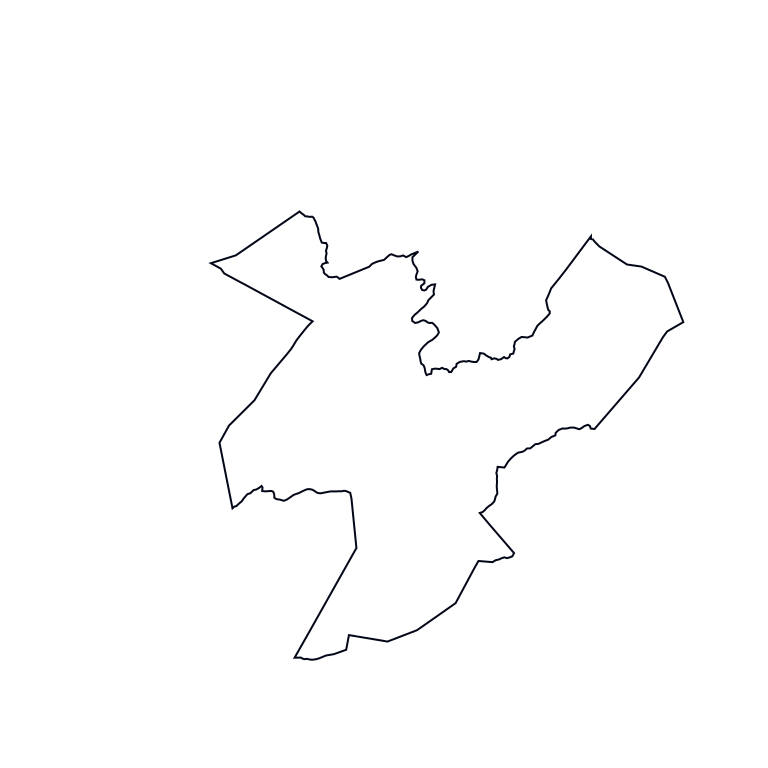 the district of Oeiras, Piauí, Brazil, rotated 41°
{"feature_id": "56859067B10450749339831", "entity_name": "Oeiras", "entity_type": "district", "adm_level": 2, "iso_a3": "BRA", "parent_name": "Brazil", "parent_adm1": "Piauí", "projection": "equal_earth", "projection_center": [-42.206, -6.968], "detail": "fine", "context": "isolated", "style": "outline", "palette": "ink", "viewbox_px": 768, "rotation_deg": 41, "n_neighbors": 0, "source": "geoboundaries", "source_scale": "gbopen_adm2", "svg_char_len": 4353}
<svg xmlns="http://www.w3.org/2000/svg" viewBox="0 0 768 768"><g transform="rotate(41 384 384)"><path d="M443.3,136.8L446.4,178.8L447.0,190.3L447.4,202.2L448.7,205.8L450.1,210.1L451.4,214.4L453.2,215.9L457.4,219.0L459.4,220.3L461.4,220.4L462.8,222.1L462.8,226.5L462.4,231.7L461.8,236.6L461.6,239.7L462.4,243.0L463.0,245.9L464.2,250.1L461.9,254.7L457.0,258.2L455.9,261.3L455.1,266.3L456.3,268.1L457.3,270.4L459.6,271.9L460.5,274.0L461.6,276.2L459.8,278.8L460.9,281.4L460.3,283.8L458.8,284.7L456.9,284.9L456.1,288.3L454.3,291.0L452.5,291.2L450.5,292.2L448.9,294.7L447.4,294.0L445.7,294.8L443.9,295.1L442.2,295.4L439.4,295.6L436.2,297.6L439.2,303.5L439.4,306.7L437.3,308.5L434.7,310.1L432.9,310.9L431.5,313.0L429.2,314.5L426.7,317.6L425.6,321.1L427.1,323.7L426.1,326.7L426.9,330.9L425.2,332.3L423.5,331.6L421.3,331.8L419.8,333.1L417.3,333.6L416.1,336.3L412.5,338.8L410.5,341.4L411.8,343.6L412.9,345.3L411.2,347.6L410.3,349.3L408.6,348.6L406.5,347.2L404.3,345.3L401.5,343.9L398.8,344.2L396.6,342.8L394.6,341.0L392.1,339.3L390.3,337.7L389.4,334.0L389.3,329.5L389.9,323.5L391.5,318.9L392.2,313.9L392.1,311.2L391.5,309.0L387.5,306.8L382.3,306.1L380.1,306.3L378.2,308.2L376.1,309.0L374.1,309.0L371.8,310.1L370.5,312.1L369.5,314.8L367.5,317.5L364.0,317.9L361.9,315.9L361.7,312.0L362.4,307.7L362.8,302.9L363.5,299.3L363.5,294.8L362.5,291.7L363.0,283.7L360.4,281.4L357.2,275.3L354.8,277.9L353.4,281.8L353.9,285.2L353.0,287.0L351.1,288.0L348.7,287.1L347.6,285.5L348.4,281.5L346.5,279.2L344.2,279.9L341.6,282.8L340.0,283.9L337.9,282.4L336.7,280.2L335.5,276.9L332.3,275.1L329.8,274.6L327.4,274.0L324.5,272.2L322.3,269.7L323.0,261.5L319.5,268.5L318.7,271.0L317.5,273.7L314.0,274.5L312.6,276.9L310.5,278.9L307.7,280.1L304.5,281.2L303.5,282.9L303.0,286.7L302.6,290.4L300.6,293.1L299.0,295.5L297.8,297.6L296.2,301.2L295.9,305.2L281.5,333.8L279.5,333.8L277.8,334.1L274.9,337.4L272.0,339.6L269.4,339.4L267.5,339.7L265.5,339.4L263.7,337.5L261.7,336.8L259.5,336.3L259.0,333.7L260.2,331.4L261.7,329.5L259.4,329.1L257.1,326.9L254.8,322.9L252.9,321.7L251.7,318.9L250.4,316.7L247.7,315.6L246.2,317.0L244.2,318.1L242.0,316.9L240.4,316.1L237.7,314.2L235.4,312.8L234.0,311.7L232.8,310.3L230.9,309.1L228.0,307.6L225.3,306.1L223.5,305.5L221.9,304.7L219.9,304.9L218.2,306.7L216.2,307.8L214.6,309.1L212.3,309.0L209.6,309.3L207.1,309.2L187.8,384.1L174.1,406.4L185.2,404.0L190.9,405.4L209.2,401.3L212.0,400.6L266.2,388.6L286.2,384.1L289.0,383.5L288.5,389.7L288.6,394.5L288.8,399.4L288.9,402.3L289.3,408.7L290.4,414.9L290.9,418.5L291.2,425.4L291.5,450.1L296.9,481.2L294.3,517.0L298.4,536.3L351.2,577.2L351.5,574.7L352.7,572.9L353.0,569.4L353.6,565.8L353.2,562.6L353.2,556.7L354.8,554.1L355.2,549.7L356.8,547.4L357.7,545.1L358.5,541.3L360.2,541.8L362.3,544.7L365.1,542.7L367.0,540.7L369.2,538.6L371.0,538.0L373.3,539.1L375.9,541.8L378.2,541.5L381.4,539.5L385.0,537.9L386.5,535.0L387.9,529.8L388.4,527.4L389.5,525.2L391.3,522.2L392.6,518.9L394.0,515.8L395.2,513.6L397.3,511.8L399.3,510.8L401.0,510.4L405.0,509.9L407.7,508.3L409.4,506.1L413.8,500.5L416.4,498.1L418.4,496.4L420.9,494.0L422.4,492.8L423.8,490.9L425.4,489.8L429.9,488.3L434.6,491.8L470.8,525.9L489.9,618.6L496.1,649.2L500.8,645.0L502.7,644.7L504.7,643.7L506.0,642.1L507.9,641.1L510.5,639.4L513.0,636.7L514.9,633.8L518.4,626.9L523.4,620.8L529.8,609.4L522.3,596.5L555.6,576.1L570.4,548.2L571.8,542.7L572.7,539.1L581.8,502.4L572.8,462.7L571.4,455.6L582.7,447.3L583.9,443.7L585.9,441.0L587.0,438.4L588.6,435.8L591.0,434.8L592.5,432.6L593.9,429.9L593.1,426.3L555.3,420.8L540.9,418.5L542.5,415.8L542.8,413.0L542.8,410.1L543.3,407.1L544.1,404.1L544.3,400.6L543.4,398.1L542.1,395.9L541.5,392.5L539.7,390.6L538.0,389.1L535.9,386.9L533.6,383.8L531.1,381.2L529.7,379.2L527.2,377.5L525.7,374.4L524.1,372.0L529.7,368.0L529.3,365.3L528.6,361.4L528.6,356.7L529.1,352.4L530.2,347.9L532.8,344.6L533.8,342.1L534.2,338.9L536.6,336.6L537.7,330.1L539.8,327.9L541.1,325.0L542.7,321.5L544.4,318.4L545.1,314.2L547.0,310.3L545.6,308.2L546.0,304.1L547.9,300.4L549.6,299.2L551.5,297.2L553.1,294.8L556.0,292.2L559.0,290.9L561.0,290.1L562.1,287.6L562.8,284.3L564.7,281.0L566.9,280.6L569.3,282.0L572.4,279.8L572.3,249.9L572.2,211.7L563.8,165.6L563.6,163.2L563.2,158.6L569.3,140.9L566.2,139.3L532.0,121.4L525.6,118.8L501.2,126.5L489.0,134.4L456.3,138.9L449.6,138.4L447.0,137.8L445.0,138.8L443.3,136.8Z" fill="none" stroke="#020617" stroke-width="2"/></g></svg>